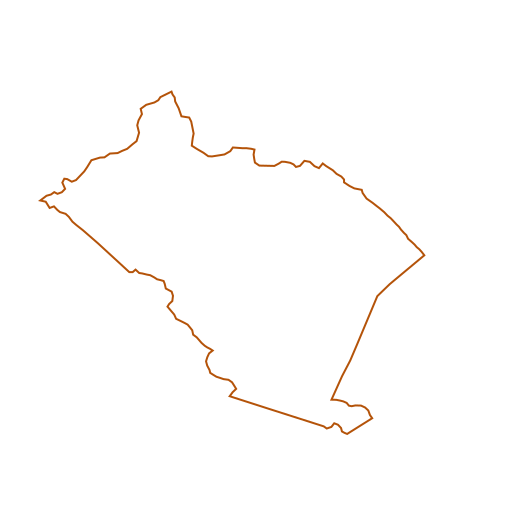 São José de Piranhas, Paraíba, Brazil, rotated 43°
{"feature_id": "56859067B21073116856192", "entity_name": "São José de Piranhas", "entity_type": "district", "adm_level": 2, "iso_a3": "BRA", "parent_name": "Brazil", "parent_adm1": "Paraíba", "projection": "robinson", "projection_center": [-38.514, -7.094], "detail": "fine", "context": "isolated", "style": "outline", "palette": "amber", "viewbox_px": 512, "rotation_deg": 43, "n_neighbors": 0, "source": "geoboundaries", "source_scale": "gbopen_adm2", "svg_char_len": 2448}
<svg xmlns="http://www.w3.org/2000/svg" viewBox="0 0 512 512"><g transform="rotate(43 256 256)"><path d="M103.3,355.9L111.7,355.2L131.7,354.5L174.3,354.2L176.8,351.9L177.2,348.1L182.2,348.1L184.6,346.4L188.9,344.0L191.7,342.2L196.4,341.0L199.5,340.5L202.7,338.7L205.5,337.3L208.2,338.6L212.2,341.3L218.6,339.6L222.4,341.7L225.5,346.0L225.2,350.3L225.8,353.4L230.8,354.0L236.1,354.6L240.4,356.4L245.6,354.8L249.7,353.6L252.8,352.8L256.6,353.3L260.0,353.8L263.7,356.4L268.1,355.9L275.4,356.7L279.7,356.6L282.7,356.1L285.8,355.2L288.8,354.7L288.1,359.2L289.4,363.2L291.3,367.1L295.0,369.4L299.8,371.1L302.2,372.7L306.0,372.0L309.4,371.3L313.0,369.6L316.2,368.2L320.3,365.3L324.6,364.7L328.1,365.6L332.1,366.7L331.8,371.5L332.4,376.5L369.2,359.2L421.7,334.4L425.4,333.9L427.7,329.6L427.3,325.0L431.0,323.5L435.5,323.8L438.5,325.7L441.3,325.0L444.0,324.0L451.6,295.4L447.8,294.6L443.5,292.4L439.1,292.4L434.8,293.8L430.6,297.5L428.4,300.6L426.0,302.1L422.5,301.6L419.0,302.8L416.1,304.4L412.7,306.5L409.2,309.6L400.9,285.2L396.2,268.2L390.0,251.1L372.1,202.6L373.0,185.3L378.6,140.7L374.3,140.0L370.8,139.7L367.5,139.9L364.2,139.5L360.8,139.5L355.5,139.7L351.7,138.2L348.3,138.2L343.9,137.8L340.6,137.1L337.4,137.1L333.4,136.8L328.7,136.5L324.7,136.8L319.9,136.5L313.9,136.8L309.8,137.2L305.0,137.6L297.7,138.6L291.0,137.2L288.2,135.5L281.8,139.5L276.6,141.0L270.2,142.1L268.2,140.0L264.2,139.7L258.9,141.0L253.7,140.9L245.9,142.4L241.7,142.8L242.1,148.8L237.5,150.4L231.2,150.4L226.5,153.4L226.7,160.1L224.5,163.6L221.0,163.4L217.5,164.5L212.9,167.4L210.5,169.5L209.6,173.0L208.0,177.6L196.8,187.6L191.5,188.4L188.9,186.5L185.1,183.5L182.3,179.2L179.3,180.9L175.3,183.8L172.7,186.3L169.2,189.1L165.1,192.4L165.7,196.9L163.7,203.2L160.3,207.6L155.9,213.2L153.0,215.6L147.3,216.3L139.8,218.0L133.8,219.1L131.2,215.6L128.9,212.3L126.9,209.0L117.0,201.9L112.7,200.3L109.8,202.3L106.2,204.7L98.7,200.7L91.5,198.1L88.4,195.5L84.8,194.8L82.1,193.4L77.7,205.0L78.3,208.7L77.0,213.0L72.6,220.3L71.3,227.0L75.8,230.0L77.6,236.9L80.0,241.4L86.4,245.6L90.3,253.4L89.5,258.4L88.7,265.5L86.4,270.4L84.6,275.1L79.3,280.7L77.9,287.2L74.8,290.4L70.3,298.2L71.9,306.1L72.7,311.3L72.6,323.2L70.6,327.3L65.5,328.5L63.1,330.2L64.3,334.4L70.6,337.1L70.5,341.8L68.4,345.9L64.9,346.9L64.1,350.9L61.7,354.8L60.4,362.5L65.2,359.7L72.3,361.6L74.4,357.5L79.3,357.8L82.6,357.6L88.0,355.0L92.4,355.0L98.3,356.1L103.3,355.9Z" fill="none" stroke="#b45309" stroke-width="2"/></g></svg>